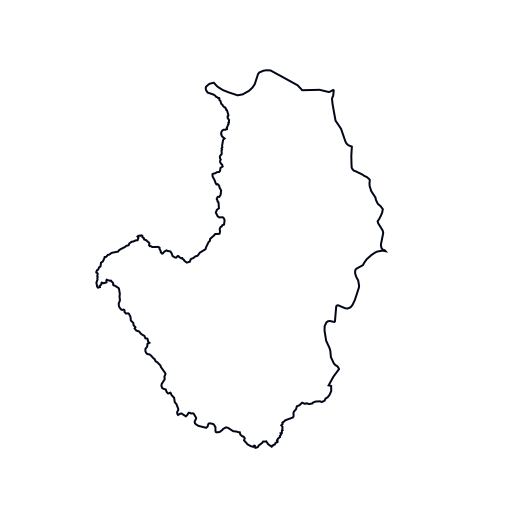 outline of Santiago de Pillaro, Tungurahua, Ecuador, rotated 329°
{"feature_id": "8360857B6057709742750", "entity_name": "Santiago de Pillaro", "entity_type": "district", "adm_level": 2, "iso_a3": "ECU", "parent_name": "Ecuador", "parent_adm1": "Tungurahua", "projection": "robinson", "projection_center": [-78.483, -1.116], "detail": "fine", "context": "isolated", "style": "outline", "palette": "ink", "viewbox_px": 512, "rotation_deg": 329, "n_neighbors": 0, "source": "geoboundaries", "source_scale": "gbopen_adm2", "svg_char_len": 6141}
<svg xmlns="http://www.w3.org/2000/svg" viewBox="0 0 512 512"><g transform="rotate(329 256 256)"><path d="M151.8,413.2L153.6,416.3L155.4,418.2L156.5,417.6L157.1,417.8L157.3,418.4L156.6,420.0L157.0,420.3L159.1,420.7L160.9,419.8L165.0,419.4L166.6,418.7L167.9,419.6L169.3,420.1L169.5,423.7L171.2,427.5L172.0,427.0L172.7,427.3L173.4,426.9L175.0,427.3L176.4,426.3L178.6,426.6L178.9,426.2L178.7,425.2L179.0,424.8L179.6,425.0L180.6,423.9L183.5,423.5L183.8,422.5L185.6,421.9L185.8,420.6L187.0,421.0L188.3,419.0L189.1,419.0L189.2,418.2L190.7,416.3L190.5,414.1L192.4,413.6L192.8,412.4L195.0,412.3L196.5,411.9L204.4,413.4L205.8,412.6L207.3,409.8L208.2,409.0L211.3,408.0L213.6,405.9L216.4,406.3L220.0,405.5L221.5,407.6L222.1,407.7L222.6,408.3L223.7,408.4L225.1,410.2L228.3,411.4L229.3,411.0L232.0,411.4L236.0,413.5L237.2,415.1L240.3,415.3L242.2,414.0L244.7,414.0L247.5,412.9L250.9,410.5L253.5,406.1L251.6,404.3L260.2,399.3L268.9,395.7L269.1,394.9L268.9,392.2L267.9,390.5L267.4,388.2L268.1,381.3L270.9,375.5L271.6,372.8L272.5,364.7L276.3,355.3L278.7,351.5L282.1,349.2L284.0,349.0L285.8,349.7L289.1,352.9L290.0,352.7L298.6,340.8L299.5,340.1L301.0,340.5L305.5,346.7L307.1,348.0L309.4,348.6L311.4,348.5L313.9,347.4L318.1,344.6L327.9,336.1L329.1,334.5L331.0,329.5L331.1,326.1L331.8,322.6L332.8,320.5L334.1,319.1L335.3,318.6L343.0,318.9L345.1,317.6L349.2,315.8L355.5,314.6L360.1,314.4L362.0,314.6L366.1,316.1L367.4,316.7L369.5,318.6L369.3,317.4L367.9,316.0L367.7,313.6L368.8,310.7L376.9,301.8L377.7,299.4L377.6,291.0L378.1,288.9L380.7,287.7L383.9,285.7L386.4,283.9L388.8,281.2L388.5,277.7L387.3,274.0L387.7,269.6L388.5,267.4L388.2,259.7L389.4,254.7L390.6,252.3L392.7,249.5L392.7,248.6L391.7,245.5L390.0,243.0L389.1,240.9L384.7,234.2L383.7,233.0L383.4,230.7L383.5,229.6L385.4,226.0L389.3,219.2L394.5,211.6L392.3,208.8L391.5,206.4L391.6,204.0L394.4,190.8L393.9,180.9L399.9,165.1L402.0,160.6L402.9,159.6L404.7,158.4L407.9,154.1L407.6,153.4L404.2,153.3L402.8,152.9L396.1,146.3L381.0,137.7L379.6,131.1L364.0,104.4L360.5,102.1L357.8,101.0L353.3,100.4L351.6,101.0L343.5,108.0L339.8,109.8L335.2,110.8L327.8,110.6L323.0,108.8L316.8,101.6L313.0,96.6L310.9,92.5L310.0,90.3L309.1,85.8L305.6,84.6L303.9,84.5L300.4,85.2L299.4,86.1L298.6,88.0L298.7,91.0L302.7,95.7L303.6,97.5L303.8,99.1L304.7,100.2L304.8,101.0L305.8,101.7L305.0,103.3L305.4,104.7L304.6,107.5L305.1,109.2L305.0,110.5L305.6,112.5L306.1,112.8L306.1,114.1L305.7,115.4L306.2,116.2L304.8,121.3L303.9,121.5L303.7,122.1L303.2,122.2L302.8,123.1L302.9,125.6L301.7,127.4L301.0,127.5L300.7,128.6L300.3,128.6L297.7,130.7L297.2,130.8L296.5,132.3L295.7,131.9L294.9,132.1L293.3,131.1L291.6,131.1L290.0,132.1L289.1,133.2L289.1,133.8L288.7,134.1L288.5,136.1L289.6,139.1L288.3,139.2L287.4,139.8L283.7,144.0L283.1,145.6L281.9,146.0L281.7,147.3L280.8,147.8L279.4,150.5L278.7,151.2L277.3,151.4L276.1,152.3L275.4,153.9L275.5,155.1L274.1,156.1L273.5,157.4L273.6,159.0L274.0,160.3L273.5,162.1L270.9,162.2L269.0,164.5L267.7,165.0L265.5,164.0L263.8,164.1L261.2,163.3L260.7,163.6L259.8,165.4L259.5,170.0L258.9,172.9L259.0,174.3L260.1,174.6L260.5,176.1L260.5,177.3L260.0,178.4L259.9,181.8L257.1,185.4L255.0,186.4L253.6,185.6L251.7,186.8L251.6,188.7L251.1,189.5L251.5,190.7L248.8,196.0L246.2,196.3L243.9,198.1L243.6,202.2L244.4,204.0L247.2,205.5L247.8,206.4L247.7,208.5L247.3,209.4L244.8,212.6L242.9,212.3L241.9,213.0L240.6,212.9L239.2,213.8L238.6,214.5L237.8,216.5L236.3,218.1L235.5,217.9L232.3,216.1L230.9,216.7L225.5,217.7L224.2,219.3L222.4,219.7L217.7,222.8L216.2,224.2L209.7,224.2L206.1,225.7L203.8,225.1L201.2,225.5L199.0,225.1L198.0,225.4L196.4,226.8L193.6,226.1L193.2,225.9L192.1,223.1L192.2,221.8L191.5,220.7L191.7,219.8L190.7,219.3L189.7,217.6L189.4,216.0L188.6,215.7L186.8,216.3L185.9,215.7L184.5,213.2L185.0,210.5L185.0,208.2L184.6,207.6L182.9,206.3L182.2,205.1L180.1,205.0L177.1,205.8L176.7,205.5L176.3,203.8L176.8,203.1L177.0,200.1L177.6,199.4L177.5,198.9L176.9,197.9L171.6,194.8L170.9,193.3L170.0,192.8L169.9,191.6L171.1,190.4L171.1,189.2L170.4,187.5L170.1,186.0L168.6,184.2L169.1,183.0L168.3,181.5L169.0,180.2L168.8,179.7L168.1,179.1L167.1,179.1L166.7,178.5L165.2,178.1L164.4,178.3L164.7,179.7L162.6,181.5L161.0,180.7L158.3,180.4L156.8,179.7L153.9,180.0L152.3,181.2L150.1,180.5L148.4,180.8L143.5,180.4L141.6,180.5L140.1,181.2L134.0,179.0L130.7,179.2L129.5,178.7L127.2,179.6L125.8,178.9L124.6,180.0L121.9,181.8L119.7,181.9L117.3,184.9L115.6,184.9L113.7,186.4L112.4,186.3L110.8,187.5L110.6,187.9L111.2,189.0L111.1,189.9L109.6,191.4L109.5,192.5L108.6,193.2L108.0,194.6L105.5,196.6L104.1,200.3L104.2,201.7L106.2,202.3L106.6,201.1L108.5,200.8L109.3,200.2L109.5,199.6L110.2,199.4L111.4,200.9L114.2,201.6L115.3,199.7L115.8,199.4L117.3,201.3L119.1,202.6L118.9,203.1L119.5,204.8L119.5,205.8L118.8,207.0L118.7,207.6L119.7,208.7L121.7,212.6L121.7,213.5L119.7,218.5L118.2,220.3L116.6,223.9L113.8,226.1L112.7,228.3L112.5,230.3L112.9,232.5L113.4,233.2L115.0,233.8L115.3,234.5L115.1,235.4L114.5,236.1L114.8,238.2L117.1,239.5L117.3,240.1L117.1,243.4L115.5,246.9L116.2,249.5L116.3,250.4L115.4,252.2L115.9,255.0L114.6,255.6L115.0,258.3L116.9,260.4L117.4,263.8L119.2,267.0L118.8,269.7L120.2,270.7L120.3,271.4L119.4,274.0L119.9,275.5L117.7,275.4L116.1,277.6L113.3,278.7L112.2,280.6L111.9,282.2L112.3,284.0L114.1,285.6L114.8,287.6L115.4,290.9L116.0,292.0L115.7,294.5L116.6,296.1L117.7,300.6L117.3,302.1L117.9,309.8L117.6,310.6L115.4,312.2L114.3,314.6L109.3,317.1L108.0,318.6L107.6,320.8L108.2,322.0L109.9,324.0L109.4,326.2L109.7,328.3L110.3,328.8L112.2,329.0L112.3,329.3L112.0,332.0L112.8,335.3L111.1,339.4L111.5,342.1L110.6,347.0L110.1,347.9L108.0,349.2L107.3,350.6L107.3,352.1L110.1,352.2L111.0,352.6L113.3,357.3L115.2,356.9L117.5,355.7L118.5,356.3L119.2,357.5L121.1,358.5L121.4,359.3L121.3,363.8L121.0,364.5L118.2,366.2L117.5,368.0L117.8,369.3L119.1,371.9L124.8,377.6L126.6,377.3L128.6,375.5L129.5,375.3L130.5,375.8L132.8,378.0L133.1,379.2L133.1,381.8L131.2,385.0L130.9,386.0L131.3,386.8L134.1,388.1L137.3,387.8L138.8,387.3L142.0,387.4L143.5,388.9L146.2,394.4L148.8,396.4L150.3,398.1L151.3,398.7L150.6,401.1L151.5,403.7L152.3,404.4L152.5,405.7L152.4,406.5L150.8,407.9L151.8,413.2Z" fill="none" stroke="#020617" stroke-width="2"/></g></svg>